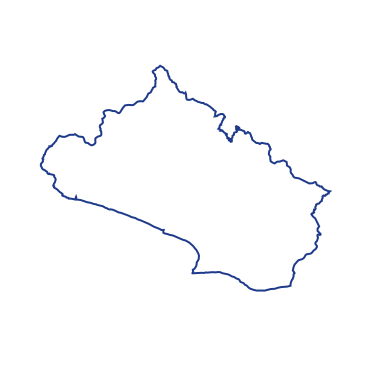 Jama, Manabi, Ecuador (Mercator projection), rotated 244°
{"feature_id": "8360857B32343432212573", "entity_name": "Jama", "entity_type": "district", "adm_level": 2, "iso_a3": "ECU", "parent_name": "Ecuador", "parent_adm1": "Manabi", "projection": "mercator", "projection_center": [-80.22, -0.215], "detail": "fine", "context": "isolated", "style": "outline", "palette": "blue", "viewbox_px": 384, "rotation_deg": 244, "n_neighbors": 0, "source": "geoboundaries", "source_scale": "gbopen_adm2", "svg_char_len": 6026}
<svg xmlns="http://www.w3.org/2000/svg" viewBox="0 0 384 384"><g transform="rotate(244 192 192)"><path d="M317.4,209.4L316.6,209.3L313.7,210.2L312.4,209.6L310.2,209.7L309.1,209.1L308.4,207.9L306.6,207.3L303.8,205.6L302.9,205.3L302.9,203.7L302.7,202.4L301.7,201.5L301.2,200.3L300.1,199.4L299.6,198.1L299.6,195.9L297.1,192.8L294.9,187.8L296.3,185.3L297.0,183.0L297.0,182.1L295.9,177.7L296.2,176.5L298.2,172.9L299.2,169.8L298.2,167.2L295.3,162.6L294.8,161.2L295.5,160.1L298.0,158.7L298.8,157.7L299.4,156.4L301.7,153.9L302.3,152.8L302.9,150.8L303.1,149.3L302.6,147.6L302.3,147.4L300.6,147.1L298.9,147.2L298.1,147.0L297.2,144.9L297.2,143.5L293.7,142.5L292.8,141.4L292.3,138.6L291.2,137.8L290.1,137.5L288.9,137.6L287.5,136.6L286.9,137.0L285.2,136.6L283.0,135.4L282.7,134.7L282.7,133.4L283.1,131.7L282.7,129.1L282.2,128.4L278.7,126.8L278.2,126.3L277.7,124.5L277.8,122.7L278.2,122.0L279.4,121.0L281.6,120.0L282.9,118.1L283.9,117.7L287.7,118.3L289.4,117.9L291.6,114.4L295.3,112.2L295.1,111.8L295.4,110.4L297.0,107.3L297.2,102.3L297.6,101.3L298.6,99.5L300.6,97.5L299.3,94.6L297.3,91.8L297.0,90.7L296.2,89.3L295.7,87.4L294.8,86.3L295.3,85.7L294.8,84.9L295.6,83.8L294.9,83.4L294.6,82.3L294.1,81.5L293.9,80.5L293.3,79.3L291.2,76.9L290.3,76.3L290.1,75.0L289.3,74.6L287.5,72.2L286.6,72.7L285.8,71.8L284.8,71.4L283.5,68.6L282.1,67.7L278.3,67.7L277.5,68.0L276.5,69.1L275.0,69.7L274.0,70.5L273.3,70.6L272.2,70.3L271.2,70.7L270.9,71.1L271.1,71.8L270.4,72.1L268.0,75.1L267.4,75.4L266.0,74.8L264.4,75.2L263.0,75.0L260.8,73.0L259.9,71.5L258.8,70.3L258.2,70.0L257.5,70.6L257.0,70.1L256.5,70.0L253.5,71.9L250.3,73.0L247.1,74.8L246.4,74.6L246.1,74.0L245.5,73.9L243.0,76.5L242.0,76.7L241.0,78.3L240.2,78.2L238.7,80.9L236.3,83.9L237.6,84.7L238.5,85.7L237.8,85.6L236.3,84.3L233.6,88.4L228.7,93.4L226.4,96.5L224.5,98.2L222.8,100.6L222.0,101.1L218.3,105.6L215.7,107.3L214.6,108.5L213.5,109.1L212.3,110.4L212.0,111.4L210.8,113.0L208.3,115.2L206.0,116.9L204.6,118.8L201.4,121.9L197.9,125.2L196.2,126.4L193.5,129.6L191.3,131.1L188.6,133.8L181.9,139.5L177.7,142.4L172.9,146.8L171.7,147.5L171.2,148.0L170.3,149.9L168.7,148.6L167.7,148.5L167.1,148.9L164.4,152.1L163.1,153.3L161.3,155.8L153.1,162.8L151.4,164.8L147.7,167.4L142.8,169.4L141.0,169.7L138.1,170.5L134.1,170.7L131.8,170.4L128.6,168.5L126.7,165.5L124.1,163.8L123.5,163.2L121.9,160.6L121.7,158.6L119.8,158.1L118.9,156.8L118.7,156.8L115.3,164.9L113.9,167.5L113.7,169.1L112.8,170.4L111.7,173.5L110.5,176.2L109.8,177.2L108.5,180.6L107.4,182.4L105.9,183.5L102.0,188.5L98.4,191.1L97.2,192.6L94.7,194.0L93.4,195.5L92.4,196.0L90.0,196.1L87.5,198.4L85.5,198.9L84.0,200.1L81.0,201.1L79.8,201.8L76.9,204.6L75.0,207.0L72.8,211.7L71.6,213.8L70.2,220.5L68.7,224.0L68.3,227.1L67.4,230.6L65.2,236.2L64.6,239.5L66.2,240.3L68.1,242.0L69.6,243.9L69.7,244.5L70.5,245.1L71.2,246.0L73.4,247.2L74.1,248.6L74.8,248.2L75.7,248.6L77.2,248.2L80.1,250.5L81.8,252.4L84.0,257.6L83.4,261.3L83.5,263.1L84.2,264.6L85.6,266.6L85.7,268.0L84.6,271.7L84.8,272.9L86.0,275.5L86.6,278.3L87.6,279.9L88.6,280.6L91.1,280.2L91.9,280.4L92.5,281.0L93.2,282.8L95.6,285.2L97.7,285.5L98.2,285.8L98.5,286.5L98.3,287.0L97.3,288.2L97.4,288.9L97.7,289.1L98.2,289.1L101.8,287.8L103.9,288.7L105.3,291.2L114.4,291.2L115.9,290.4L118.2,289.7L119.8,289.6L120.1,290.4L120.1,291.0L119.8,291.2L120.1,292.8L121.3,292.8L121.6,293.3L122.7,294.0L122.5,294.4L122.1,294.6L122.5,295.4L122.9,295.8L124.3,296.1L125.5,297.7L126.3,298.1L126.3,299.9L126.0,301.0L127.1,303.9L127.0,304.7L128.3,305.4L129.3,306.8L130.9,307.4L131.2,308.9L130.4,309.5L130.2,310.2L130.9,311.1L130.6,312.1L131.1,313.3L130.8,314.2L131.6,314.5L132.1,316.3L133.3,314.6L136.2,312.1L137.4,311.5L138.9,311.3L139.1,310.9L140.2,310.9L140.8,309.4L142.1,308.8L143.3,307.5L144.5,307.3L145.6,307.6L146.7,307.4L147.1,306.3L147.0,304.3L148.3,301.1L157.4,294.1L159.7,290.8L160.6,290.2L161.6,289.8L162.1,290.0L163.6,289.9L165.9,289.3L167.3,289.7L169.2,290.7L171.3,290.7L174.1,289.0L177.4,290.2L178.6,289.4L180.5,287.9L180.9,284.0L181.6,282.8L181.9,281.3L181.4,278.9L183.0,277.4L185.2,276.1L186.2,276.6L187.5,276.8L189.3,277.9L191.8,277.6L192.6,277.8L195.1,279.5L195.8,281.3L196.3,281.6L197.4,281.4L198.5,281.8L199.1,281.4L200.2,281.8L201.6,281.4L202.2,281.1L202.4,280.4L205.6,276.2L205.5,275.4L205.8,274.6L205.4,274.1L207.0,272.8L207.9,271.3L212.3,269.2L213.2,269.2L214.6,269.7L216.0,269.5L217.5,269.9L219.6,269.8L220.3,269.1L221.4,268.6L220.8,266.3L221.1,265.5L221.9,265.2L222.9,265.7L223.7,265.6L226.8,262.8L227.7,260.5L228.5,260.2L229.6,260.6L229.7,261.1L229.3,261.6L228.5,261.9L228.4,262.5L229.1,262.6L230.1,262.1L231.7,260.8L231.6,260.2L230.2,259.8L229.0,259.1L227.5,259.2L226.7,258.9L226.3,258.3L226.8,256.8L226.8,256.1L226.4,255.4L225.1,254.9L224.8,253.1L223.2,252.2L222.6,251.0L220.5,250.3L219.9,249.7L220.2,248.9L221.7,249.5L222.1,249.5L222.2,249.1L221.4,248.5L221.8,248.0L222.3,247.8L223.1,248.1L223.9,247.8L223.4,249.0L223.6,249.2L225.7,247.7L227.7,247.8L228.8,247.5L229.0,247.7L228.6,248.7L228.8,248.8L230.0,247.8L232.2,246.6L233.9,246.3L234.0,245.6L234.6,244.3L235.4,245.0L236.3,243.9L236.9,244.2L237.3,243.6L238.1,245.1L239.4,245.9L239.7,246.3L239.6,247.5L240.3,247.5L240.4,248.2L242.8,250.7L243.4,252.1L244.2,252.3L244.7,253.3L244.5,254.1L245.2,254.6L245.4,254.3L247.8,254.3L248.8,253.5L249.5,251.9L249.7,249.7L249.3,247.8L250.0,245.6L250.7,246.5L252.7,247.4L253.7,248.6L254.9,248.3L256.1,247.3L257.1,247.3L261.0,245.5L264.4,243.5L264.7,242.8L265.7,241.8L267.1,241.3L267.7,239.8L268.9,238.7L270.5,236.8L271.9,236.0L273.3,234.6L274.9,234.0L275.4,233.6L275.8,230.3L276.3,229.3L277.4,227.9L278.1,227.9L280.5,228.6L281.8,229.3L284.1,229.7L283.8,229.1L283.9,228.4L284.4,227.8L285.8,227.2L286.5,225.6L287.8,224.6L293.2,224.0L293.6,224.6L295.0,224.6L295.6,224.9L296.2,225.0L297.2,224.2L298.6,223.8L299.0,223.0L299.6,222.4L301.0,222.7L302.1,221.9L303.9,221.5L305.8,222.1L306.2,221.7L306.9,221.8L309.1,222.4L309.9,222.3L311.7,222.9L313.5,221.2L315.3,221.1L317.0,220.5L318.3,219.4L319.4,218.7L318.7,216.7L318.9,214.5L317.7,212.6L318.0,210.4L317.4,209.4Z" fill="none" stroke="#1e3a8a" stroke-width="2"/></g></svg>